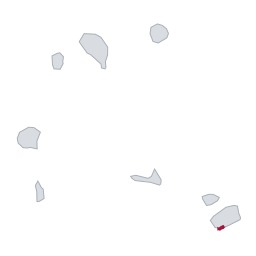 Nossa Senhora Do Livramento, Ribeira Grande, Cabo Verde shown in context, rotated 179°
{"feature_id": "66160863B28688334871687", "entity_name": "Nossa Senhora Do Livramento", "entity_type": "district", "adm_level": 2, "iso_a3": "CPV", "parent_name": "Cabo Verde", "parent_adm1": "Ribeira Grande", "projection": "mercator", "projection_center": [-25.107, 17.182], "detail": "fine", "context": "in_parent", "style": "filled", "palette": "rose", "viewbox_px": 256, "rotation_deg": 179, "n_neighbors": 0, "source": "geoboundaries", "source_scale": "gbopen_adm2", "svg_char_len": 2074}
<svg xmlns="http://www.w3.org/2000/svg" viewBox="0 0 256 256"><g transform="rotate(179 128 128)"><path d="M175.3,215.1L170.3,223.1L159.2,222.4L153.5,219.2L146.9,209.2L147.1,201.5L149.4,194.8L149.0,189.0L150.0,187.5L153.4,188.5L153.9,192.4L164.0,201.9L167.7,203.8L175.3,215.1ZM31.5,47.0L23.3,48.8L19.9,48.0L18.8,41.0L17.1,36.5L17.5,34.4L36.2,25.5L42.7,27.0L47.3,34.1L44.2,38.1L31.5,47.0ZM219.2,108.7L226.1,110.3L228.8,109.8L233.2,110.1L238.0,114.7L238.9,119.5L236.5,125.6L227.3,130.5L222.0,130.0L215.7,125.4L219.3,116.4L219.2,108.7ZM103.3,228.2L96.8,231.5L92.3,230.1L87.9,226.7L85.9,221.8L87.6,217.5L96.3,212.5L101.5,214.1L104.3,221.9L103.3,228.2ZM121.7,75.3L125.1,77.8L126.2,79.6L121.1,80.6L108.7,77.3L105.4,79.3L102.1,86.5L95.8,75.6L96.2,71.6L97.6,70.4L106.4,73.3L121.7,75.3ZM197.2,204.0L194.8,204.3L191.3,200.4L192.1,195.1L191.7,193.6L194.8,187.9L200.9,188.4L202.4,192.6L202.7,201.4L197.2,204.0ZM55.0,58.2L48.2,60.3L44.0,60.1L37.9,57.0L39.8,53.7L46.4,49.9L50.9,49.2L54.6,55.8L55.0,58.2ZM221.6,72.1L219.0,76.5L215.7,70.0L213.9,68.4L213.1,59.0L217.9,56.2L220.3,56.0L220.3,65.7L221.6,72.1Z" fill="#d9dde1" stroke="#a8b0b8" stroke-width="1"/><path d="M39.7,25.9L39.7,26.0L39.6,25.9L39.4,25.9L39.2,25.8L39.2,25.7L38.9,25.5L38.9,25.4L38.8,25.5L38.8,25.4L38.7,25.4L38.4,25.3L38.3,25.2L38.3,24.9L38.2,24.7L37.9,24.5L37.7,24.7L37.7,24.8L37.7,25.0L37.5,25.3L37.4,25.3L37.2,25.4L37.1,25.5L36.9,25.5L36.8,25.4L36.7,25.4L36.6,25.5L36.4,25.6L36.2,25.6L35.9,25.7L35.7,25.7L35.6,25.8L35.4,26.0L35.2,26.1L34.9,26.2L34.7,26.2L34.7,26.3L34.4,26.3L34.3,26.5L34.2,26.5L34.1,26.8L33.9,27.0L34.0,27.0L34.0,27.3L34.1,27.5L34.2,27.8L34.2,28.0L34.3,28.3L34.4,28.5L34.5,28.5L34.7,28.4L34.7,28.5L34.7,28.4L34.8,28.4L34.9,28.2L35.0,28.2L35.1,27.9L35.3,27.8L35.4,27.7L35.4,27.8L35.5,27.7L35.8,27.6L36.0,27.5L36.3,27.5L36.3,27.4L36.5,27.4L36.8,27.3L37.0,27.2L37.0,27.3L37.1,27.2L37.3,27.0L37.4,26.9L37.5,26.9L37.6,26.7L37.8,26.6L37.8,26.4L38.0,26.4L38.3,26.5L38.5,26.5L38.6,26.4L38.8,26.4L39.0,26.3L39.2,26.2L39.3,26.2L39.5,26.2L39.7,25.9Z" fill="#f43f5e" stroke="#9f1239" stroke-width="1.5"/></g></svg>